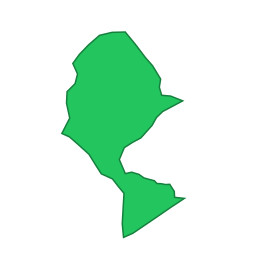 Artemi, Cyprus (Robinson projection), rotated 152°
{"feature_id": "46923920B3651826109354", "entity_name": "Artemi", "entity_type": "district", "adm_level": 2, "iso_a3": "CYP", "parent_name": "Cyprus", "parent_adm1": "", "projection": "robinson", "projection_center": [33.718, 35.325], "detail": "fine", "context": "isolated", "style": "filled", "palette": "green", "viewbox_px": 256, "rotation_deg": 152, "n_neighbors": 0, "source": "geoboundaries", "source_scale": "gbopen_adm2", "svg_char_len": 829}
<svg xmlns="http://www.w3.org/2000/svg" viewBox="0 0 256 256"><g transform="rotate(152 128 128)"><path d="M111.3,39.4L119.4,44.9L116.9,50.3L117.2,54.0L117.6,58.7L121.3,60.4L125.1,63.4L128.5,65.4L129.5,69.1L134.3,73.5L137.4,76.5L140.1,81.9L145.6,87.3L151.8,89.0L150.5,104.2L140.5,112.4L130.5,113.2L121.3,113.2L105.5,119.0L97.9,123.9L89.6,126.3L77.9,126.3L67.0,126.3L75.4,136.2L82.9,141.1L81.2,149.3L76.2,155.9L77.1,171.5L79.6,182.1L82.1,197.7L85.4,214.1L88.9,215.8L97.1,219.9L109.6,223.2L123.8,219.9L136.4,215.8L146.4,210.9L147.2,199.4L153.9,192.0L164.7,188.7L170.6,178.9L174.8,164.1L189.0,154.2L183.9,147.7L179.8,137.0L174.8,123.1L173.9,109.9L173.1,100.1L165.6,90.3L163.9,80.4L162.2,72.2L169.7,59.9L178.1,46.0L183.3,33.5L173.1,32.8L149.7,35.3L128.0,37.8L111.3,39.4Z" fill="#22c55e" stroke="#15803d" stroke-width="1.5"/></g></svg>